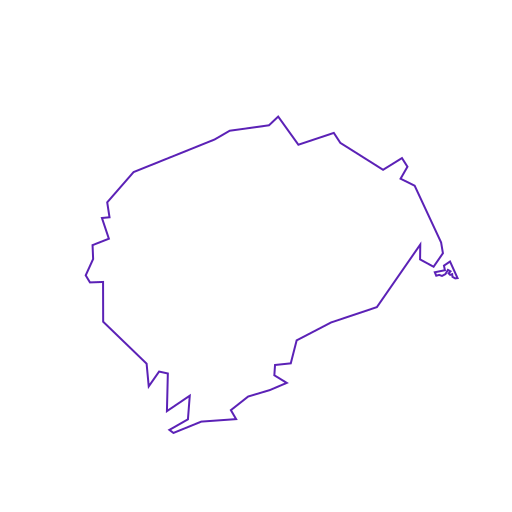 the district of White, Tennessee, United States of America, rotated 322°
{"feature_id": "52423323B94676857448045", "entity_name": "White", "entity_type": "district", "adm_level": 2, "iso_a3": "USA", "parent_name": "United States of America", "parent_adm1": "Tennessee", "projection": "robinson", "projection_center": [-85.426, 35.924], "detail": "fine", "context": "isolated", "style": "outline", "palette": "violet", "viewbox_px": 512, "rotation_deg": 322, "n_neighbors": 0, "source": "geoboundaries", "source_scale": "gbopen_adm2", "svg_char_len": 966}
<svg xmlns="http://www.w3.org/2000/svg" viewBox="0 0 512 512"><g transform="rotate(322 256 256)"><path d="M139.9,372.3L141.3,362.0L163.3,361.9L184.5,370.2L202.1,374.9L197.0,361.3L203.9,353.6L217.3,362.0L236.1,347.5L274.3,354.6L319.8,370.7L392.5,348.1L383.2,359.7L389.3,373.8L405.0,368.9L410.2,359.3L424.3,298.3L417.5,284.1L430.3,278.9L431.3,268.7L409.2,266.3L392.1,218.8L393.1,206.9L357.9,194.4L359.3,159.8L346.7,161.0L312.4,141.1L295.1,138.7L211.2,114.5L171.8,122.1L164.4,135.3L158.0,131.2L150.7,151.8L133.9,146.8L125.8,158.1L109.9,166.4L108.9,174.6L119.5,182.3L95.1,213.7L103.5,273.5L91.2,292.7L108.5,287.4L114.2,294.3L90.3,323.4L117.8,325.3L101.8,342.8L80.7,339.7L82.0,344.6L110.9,352.8L139.9,372.3ZM386.9,378.9L385.9,382.5L388.7,383.7L390.3,386.2L394.1,386.9L398.7,385.1L399.8,387.8L397.1,388.3L397.4,390.4L399.4,391.1L398.0,393.4L399.2,396.3L401.2,397.5L405.5,379.8L398.2,379.3L396.1,383.5L386.9,378.9Z" fill="none" stroke="#5b21b6" stroke-width="2"/></g></svg>